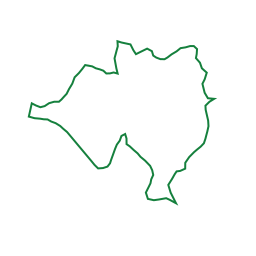 the district of Bonfinópolis, Goiás, Brazil, rotated 163°
{"feature_id": "56859067B14300569311798", "entity_name": "Bonfinópolis", "entity_type": "district", "adm_level": 2, "iso_a3": "BRA", "parent_name": "Brazil", "parent_adm1": "Goiás", "projection": "mercator", "projection_center": [-49.007, -16.591], "detail": "fine", "context": "isolated", "style": "outline", "palette": "green", "viewbox_px": 256, "rotation_deg": 163, "n_neighbors": 0, "source": "geoboundaries", "source_scale": "gbopen_adm2", "svg_char_len": 1587}
<svg xmlns="http://www.w3.org/2000/svg" viewBox="0 0 256 256"><g transform="rotate(163 128 128)"><path d="M129.7,54.4L124.4,51.4L119.4,50.6L112.0,49.7L109.3,47.3L104.1,42.0L106.1,53.7L106.1,61.8L100.7,66.5L96.8,70.2L94.2,72.3L90.7,71.7L85.2,72.4L83.4,78.0L78.0,82.3L71.9,85.6L68.7,87.0L64.0,88.9L59.9,91.2L57.1,95.1L55.2,98.2L53.2,101.4L50.5,106.2L49.2,111.6L48.4,122.7L47.4,126.7L42.4,129.3L37.1,130.7L42.9,133.1L44.4,139.3L43.9,148.5L40.4,152.2L36.5,157.9L39.9,163.5L40.1,169.4L42.6,175.0L40.7,178.6L38.9,183.3L41.1,187.1L44.6,188.2L49.4,188.3L54.4,189.0L59.1,187.1L64.8,185.7L69.6,183.9L72.9,183.1L76.9,184.4L80.4,187.1L82.7,189.9L82.7,194.5L86.5,198.3L94.0,197.1L98.8,196.3L100.1,200.7L101.2,207.2L109.1,211.6L112.7,214.0L113.9,209.1L116.2,205.5L118.1,202.4L120.5,198.6L121.0,194.4L121.7,188.4L122.0,183.1L125.5,185.3L129.3,185.5L132.8,186.5L134.8,190.0L137.8,192.3L141.3,194.5L144.2,197.4L150.6,200.7L154.7,197.7L158.9,194.9L164.2,192.1L168.3,186.7L173.1,182.4L176.7,178.6L180.0,176.7L183.3,174.7L186.4,173.3L191.0,174.7L196.2,174.8L201.3,173.3L205.7,173.5L209.4,176.4L212.8,179.7L219.5,167.9L214.5,164.7L209.3,162.6L206.1,161.0L202.4,159.7L199.5,156.6L195.8,153.8L192.2,149.7L190.3,146.4L187.4,141.9L172.8,107.4L170.8,102.5L168.4,98.1L163.6,97.0L158.9,97.1L155.5,99.5L153.5,102.4L150.2,106.8L146.4,111.9L143.5,115.4L139.6,118.3L136.6,122.3L132.5,123.1L132.5,118.4L134.1,113.0L131.7,110.0L129.0,105.3L126.2,100.9L124.5,96.8L121.2,91.8L117.9,85.3L117.2,80.5L117.6,75.7L120.8,72.1L122.7,68.5L126.2,64.8L129.8,61.0L129.7,54.4Z" fill="none" stroke="#15803d" stroke-width="2"/></g></svg>